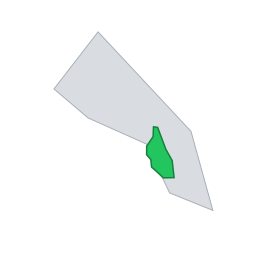 Anse Boileau highlighted on a map of Seychelles, rotated 346°
{"feature_id": "SYC-5199", "entity_name": "Anse Boileau", "entity_type": "state/province", "adm_level": 1, "iso_a3": "SYC", "parent_name": "Seychelles", "parent_adm1": "", "projection": "robinson", "projection_center": [55.492, -4.708], "detail": "fine", "context": "in_parent", "style": "filled", "palette": "green", "viewbox_px": 256, "rotation_deg": 346, "n_neighbors": 0, "source": "natural_earth", "source_scale": "10m", "svg_char_len": 481}
<svg xmlns="http://www.w3.org/2000/svg" viewBox="0 0 256 256"><g transform="rotate(346 128 128)"><path d="M188.3,146.5L190.4,228.5L152.7,201.1L142.1,148.1L91.7,108.6L65.6,72.2L122.2,27.5L188.3,146.5Z" fill="#d9dde1" stroke="#a8b0b8" stroke-width="1"/><path d="M150.2,184.9L145.1,177.0L141.4,171.6L142.5,164.2L139.6,158.4L141.7,150.2L150.3,142.4L153.0,133.0L156.9,134.6L159.6,157.9L163.0,170.3L160.7,187.3L150.2,184.9Z" fill="#22c55e" stroke="#15803d" stroke-width="1.5"/></g></svg>